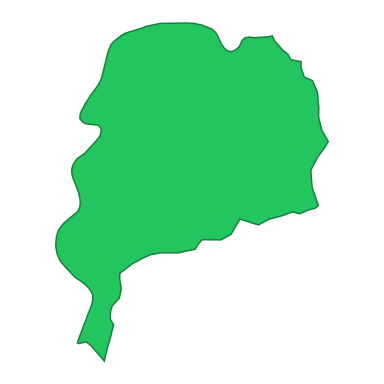 outline of Yodok, Hamgyŏng-namdo, North Korea
{"feature_id": "82179303B84023939599766", "entity_name": "Yodok", "entity_type": "district", "adm_level": 2, "iso_a3": "PRK", "parent_name": "North Korea", "parent_adm1": "Hamgyŏng-namdo", "projection": "equal_earth", "projection_center": [126.887, 39.62], "detail": "fine", "context": "isolated", "style": "filled", "palette": "green", "viewbox_px": 384, "rotation_deg": 0, "n_neighbors": 0, "source": "geoboundaries", "source_scale": "gbopen_adm2", "svg_char_len": 1674}
<svg xmlns="http://www.w3.org/2000/svg" viewBox="0 0 384 384"><path d="M272.0,35.8L271.0,36.3L266.9,36.9L254.2,37.7L249.6,37.1L245.3,37.7L242.1,40.5L239.2,46.9L235.8,49.6L231.6,51.7L227.4,50.9L224.2,48.1L221.6,44.3L217.7,35.8L215.4,32.3L211.9,29.1L202.1,25.1L194.2,23.4L185.2,23.0L180.5,23.1L160.4,23.4L156.5,24.2L145.5,26.5L142.1,28.0L125.0,33.3L120.9,35.8L114.1,41.3L111.2,44.3L108.3,51.1L101.6,77.9L100.2,81.3L98.0,85.3L90.1,96.1L85.3,103.7L81.4,111.1L80.2,114.3L79.8,118.7L82.8,122.1L85.8,123.8L98.4,125.2L101.2,129.0L100.9,133.1L99.6,136.6L96.7,140.2L85.0,153.1L77.7,158.2L75.0,161.6L72.7,165.6L71.7,169.4L71.9,173.8L72.8,177.6L78.4,191.7L80.0,199.3L80.3,203.6L79.6,207.8L77.4,211.8L63.9,223.0L61.7,225.9L58.4,230.3L56.3,237.3L55.7,246.0L57.1,253.8L60.4,261.3L66.1,267.9L75.2,277.4L82.8,282.6L86.2,285.4L89.2,288.7L91.5,292.1L92.8,295.5L92.9,300.1L91.9,304.1L78.6,339.1L77.4,342.9L79.1,343.6L86.0,341.8L91.0,345.6L96.0,351.4L104.3,361.0L106.1,353.3L108.0,345.7L109.8,340.0L111.7,332.4L113.6,324.8L110.3,319.1L110.5,311.4L112.3,305.7L119.3,298.2L121.2,288.7L119.7,279.1L119.8,273.4L132.0,264.0L142.3,258.3L150.9,254.6L161.1,252.8L171.3,252.8L178.1,252.9L186.7,251.0L193.5,249.6L195.2,249.2L198.7,243.5L202.2,239.7L212.4,239.8L220.9,239.9L231.2,234.2L236.5,224.8L240.0,219.1L251.9,223.0L258.6,224.9L268.9,219.3L282.6,215.6L292.9,211.9L299.7,213.8L308.2,210.1L315.1,208.2L318.4,205.8L312.1,187.3L310.8,170.1L317.8,156.9L324.8,147.4L328.3,141.7L321.8,130.3L318.6,116.9L318.8,107.4L317.4,92.2L312.6,80.8L304.2,76.9L301.0,67.4L301.1,61.7L290.9,59.7L287.7,54.0L282.7,50.1L277.7,44.4L274.4,40.6L272.7,36.8L272.0,35.8Z" fill="#22c55e" stroke="#15803d" stroke-width="1.5"/></svg>